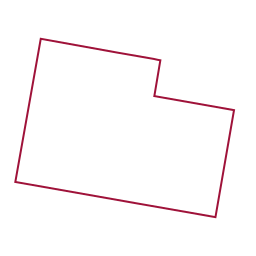 Cottonwood, Minnesota, United States of America (Robinson projection), rotated 10°
{"feature_id": "52423323B65882700434645", "entity_name": "Cottonwood", "entity_type": "district", "adm_level": 2, "iso_a3": "USA", "parent_name": "United States of America", "parent_adm1": "Minnesota", "projection": "robinson", "projection_center": [-95.186, 44.022], "detail": "fine", "context": "isolated", "style": "outline", "palette": "rose", "viewbox_px": 256, "rotation_deg": 10, "n_neighbors": 0, "source": "geoboundaries", "source_scale": "gbopen_adm2", "svg_char_len": 310}
<svg xmlns="http://www.w3.org/2000/svg" viewBox="0 0 256 256"><g transform="rotate(10 128 128)"><path d="M26.4,200.7L29.8,200.7L148.3,200.7L150.1,200.7L229.6,200.6L229.3,92.0L148.4,92.0L148.1,55.7L145.5,55.7L141.3,55.5L104.8,55.6L26.6,55.3L26.4,200.7Z" fill="none" stroke="#9f1239" stroke-width="2"/></g></svg>